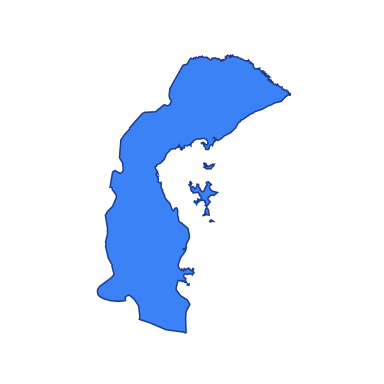 the district of Kolaka, Sulawesi Tenggara, Indonesia, rotated 227°
{"feature_id": "22746128B69202393010200", "entity_name": "Kolaka", "entity_type": "district", "adm_level": 2, "iso_a3": "IDN", "parent_name": "Indonesia", "parent_adm1": "Sulawesi Tenggara", "projection": "mercator", "projection_center": [121.519, -4.102], "detail": "fine", "context": "isolated", "style": "filled", "palette": "blue", "viewbox_px": 384, "rotation_deg": 227, "n_neighbors": 0, "source": "geoboundaries", "source_scale": "gbopen_adm2", "svg_char_len": 6106}
<svg xmlns="http://www.w3.org/2000/svg" viewBox="0 0 384 384"><g transform="rotate(227 192 192)"><path d="M290.8,282.3L288.9,275.6L290.8,271.8L282.7,246.3L277.9,240.8L275.6,239.4L272.1,238.8L271.8,236.7L271.0,235.9L271.6,232.9L274.8,231.3L275.6,219.9L282.4,211.9L283.3,209.2L281.7,192.1L281.4,190.1L280.6,189.4L280.0,181.8L278.6,175.5L266.6,162.4L260.4,161.0L254.7,156.5L254.1,154.2L254.4,152.6L256.9,151.2L260.0,150.6L260.8,148.4L260.2,146.8L251.4,135.3L249.5,136.4L248.0,135.3L241.7,134.6L239.6,133.0L235.7,124.2L235.4,117.2L234.2,112.9L222.6,105.1L218.6,101.1L214.4,94.6L212.1,93.5L211.2,91.7L200.7,85.7L193.4,84.0L192.2,82.8L185.2,79.0L184.4,76.5L184.4,74.1L185.9,60.2L185.3,57.3L184.3,55.5L181.8,53.5L178.7,53.1L173.9,54.7L167.8,58.5L162.2,63.6L158.1,68.9L158.2,69.6L160.4,71.2L160.6,72.2L160.2,74.6L158.4,76.1L152.4,76.6L145.1,75.3L136.7,69.1L134.7,66.6L126.2,71.4L108.8,79.2L95.5,90.1L93.2,91.3L93.2,91.8L103.3,100.6L107.4,104.8L108.9,107.0L111.3,113.9L116.5,114.9L124.2,112.9L131.0,113.7L132.6,114.8L136.4,120.8L136.4,122.0L135.4,122.3L134.4,124.1L133.3,123.6L132.6,125.0L130.8,125.2L129.2,126.3L131.9,126.8L133.0,128.6L134.7,128.0L135.7,128.2L137.2,129.9L137.0,131.1L135.0,132.1L133.6,134.8L132.1,135.7L131.1,135.6L131.7,138.5L133.7,138.8L134.5,140.7L135.5,140.3L134.8,139.3L134.9,137.9L138.9,137.6L138.5,136.5L139.8,135.3L139.7,133.8L141.3,134.0L140.3,132.0L142.7,131.9L142.4,130.5L145.6,130.8L148.0,131.9L151.7,138.8L153.4,147.4L154.4,147.9L154.1,148.2L154.5,148.9L154.6,148.2L155.5,147.8L155.3,147.5L155.7,146.6L155.8,146.5L156.2,146.9L156.2,146.7L156.5,146.5L156.5,146.2L156.5,146.5L156.2,146.9L155.7,146.6L155.5,147.8L154.7,148.7L157.7,152.3L160.3,158.9L162.0,160.5L168.1,164.2L176.7,163.2L178.5,162.4L180.2,162.8L183.0,164.9L184.1,165.0L188.6,169.3L191.0,169.9L191.8,168.1L190.9,165.9L192.2,165.3L198.9,168.0L206.2,168.2L208.3,169.7L213.0,171.0L213.2,171.8L215.9,172.3L220.1,175.9L221.0,174.5L222.3,174.2L222.0,175.0L222.5,174.3L225.0,176.7L226.5,177.3L226.5,178.0L227.3,177.5L226.9,177.2L227.8,177.2L227.6,177.9L227.9,177.2L229.4,177.7L229.6,179.4L228.5,179.6L228.9,179.8L230.1,179.3L230.2,180.7L233.4,181.1L235.5,182.1L235.1,183.6L235.9,184.6L234.6,188.7L234.6,192.6L234.9,194.6L237.2,199.2L237.6,205.9L235.6,209.0L235.0,209.1L235.0,212.1L233.6,211.9L234.6,212.3L233.9,213.1L234.8,213.9L234.3,214.0L234.7,214.6L232.7,213.8L232.8,214.3L231.7,214.7L231.2,213.2L230.8,213.8L230.4,213.0L229.7,213.2L230.2,215.1L229.4,216.5L231.2,217.7L231.1,218.4L228.9,220.0L228.3,222.5L226.8,222.7L227.7,223.1L227.4,223.7L228.3,224.8L227.8,226.8L228.6,228.0L227.0,232.6L225.9,233.2L223.1,237.3L221.2,238.2L218.5,238.2L216.6,236.7L215.9,235.4L217.1,234.5L220.6,234.2L221.5,232.2L220.8,232.1L220.0,233.5L219.3,233.6L219.0,232.9L218.1,233.7L217.6,232.1L216.0,232.3L213.9,231.1L212.0,232.7L212.0,234.2L213.0,234.8L213.8,237.6L213.4,238.5L211.9,238.6L213.6,241.7L213.3,242.9L214.1,243.0L213.3,245.3L213.9,245.6L214.0,245.1L214.5,244.8L216.4,245.5L216.9,244.5L217.1,244.9L216.7,245.7L214.4,245.1L213.9,245.9L212.0,246.0L211.0,250.2L211.2,253.1L209.0,260.9L209.2,267.9L211.1,273.3L210.5,275.3L211.3,277.0L210.4,278.2L209.1,288.2L208.1,290.2L207.9,292.7L204.6,300.1L202.9,307.2L202.3,307.7L200.6,313.4L197.4,319.2L197.9,325.9L197.1,328.8L195.9,329.7L196.2,330.7L197.0,330.9L198.3,330.0L198.5,330.6L200.1,330.8L200.4,329.9L201.9,330.8L203.8,328.6L204.5,329.2L205.9,328.0L207.3,329.5L208.3,328.2L210.4,327.7L212.6,328.1L212.3,326.5L214.2,326.4L214.6,325.5L215.9,325.3L217.1,326.0L217.5,325.3L217.8,325.8L218.3,325.4L218.8,325.7L218.8,324.7L219.7,325.5L219.7,325.0L220.2,325.2L220.9,324.3L221.2,325.6L222.3,324.5L222.4,325.6L223.8,326.1L223.2,327.2L224.1,326.8L224.7,327.4L225.4,327.2L225.1,326.4L225.7,326.8L225.2,326.0L226.4,324.8L227.0,325.0L226.6,325.8L227.2,325.5L227.0,326.1L227.6,326.9L228.0,326.4L228.8,326.6L228.9,325.6L229.9,326.6L230.1,325.8L230.5,326.7L231.3,326.6L231.0,325.5L231.8,326.1L232.1,324.9L232.7,325.7L232.9,325.2L235.0,324.8L235.7,325.2L235.9,324.6L236.3,324.5L236.5,325.7L239.1,321.8L242.5,322.6L243.5,324.0L244.7,323.4L245.4,323.7L246.2,322.9L246.1,323.4L246.8,323.5L248.6,323.0L250.0,323.3L249.7,322.0L250.6,321.8L251.4,320.3L254.6,319.6L255.7,318.4L256.4,318.8L258.3,317.5L259.8,317.5L260.8,316.0L262.4,315.0L264.4,314.9L263.9,313.9L264.9,313.7L264.0,313.3L263.9,312.4L264.7,312.6L264.9,311.8L265.7,312.6L266.7,311.3L267.6,311.6L268.1,308.7L267.7,308.1L266.3,308.6L266.7,304.8L267.6,305.2L268.5,303.5L267.7,303.1L267.8,302.4L270.2,302.8L271.8,302.2L271.6,301.1L274.0,300.7L275.2,298.9L276.0,299.2L275.5,298.7L276.1,297.7L275.2,296.7L275.5,296.0L276.9,295.2L278.1,295.5L279.2,294.6L280.1,295.0L283.2,291.8L284.3,292.2L284.4,290.6L285.7,290.3L286.2,289.0L285.8,287.7L287.8,287.0L287.2,285.3L288.8,285.1L288.7,283.4L290.8,282.3ZM190.5,192.1L187.7,196.2L185.7,196.1L184.5,195.3L184.0,195.8L183.4,195.2L182.7,195.5L180.7,194.6L181.1,192.0L182.9,191.6L182.0,190.7L181.9,189.6L182.6,187.8L183.7,187.8L183.4,186.8L181.1,187.3L179.7,186.9L180.5,188.3L180.0,192.7L177.6,195.3L176.5,195.4L176.0,194.3L174.2,194.5L173.2,192.5L171.4,192.8L172.4,198.6L176.2,198.8L176.8,200.2L176.6,203.7L175.7,205.2L174.5,205.5L174.3,210.3L178.7,207.5L181.6,207.2L183.5,207.9L184.4,209.0L184.2,211.3L188.5,210.9L189.2,208.9L186.9,208.0L186.9,206.0L185.8,205.2L186.0,204.0L184.6,201.7L184.8,199.8L188.2,199.5L188.7,200.2L190.7,200.2L193.1,202.0L194.2,200.9L193.5,200.8L192.1,196.8L193.0,196.2L195.2,196.6L196.4,194.4L195.4,193.2L193.0,192.2L192.1,192.9L190.5,192.1ZM201.0,220.0L201.9,217.7L198.7,218.6L195.9,221.9L196.7,223.8L196.2,225.1L197.0,227.1L197.4,226.1L198.2,226.2L199.7,220.8L203.6,221.5L204.9,220.6L204.8,220.1L203.2,220.9L202.7,220.4L203.6,218.7L201.9,220.0L201.0,220.0ZM167.4,187.1L167.3,183.5L166.1,186.0L166.6,186.4L163.4,188.8L167.7,191.8L170.1,192.2L170.5,191.5L169.7,189.2L167.4,187.6L167.9,187.5L167.4,187.1ZM199.4,194.8L197.8,194.5L197.6,195.1L198.4,197.7L200.6,198.0L200.7,197.1L199.0,196.1L199.4,194.8ZM156.1,187.5L158.5,187.0L158.6,185.0L157.6,184.9L157.0,186.7L156.1,187.5ZM126.7,127.2L127.5,125.3L127.2,125.1L125.9,126.0L126.7,127.2Z" fill="#3b82f6" stroke="#1e3a8a" stroke-width="1.5"/></g></svg>